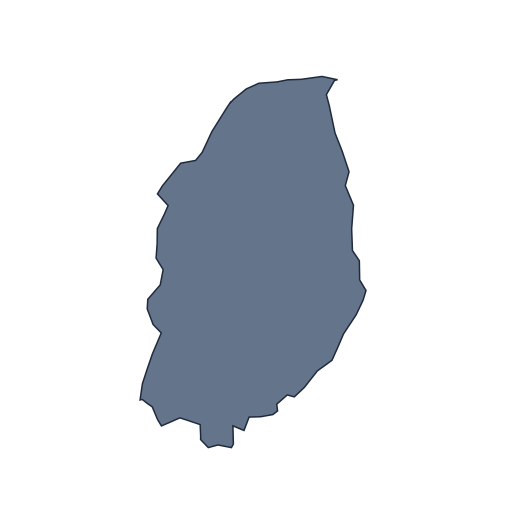 Empa, Paphos, Cyprus (Equal Earth projection), rotated 206°
{"feature_id": "46923920B32941879680416", "entity_name": "Empa", "entity_type": "district", "adm_level": 2, "iso_a3": "CYP", "parent_name": "Cyprus", "parent_adm1": "Paphos", "projection": "equal_earth", "projection_center": [32.424, 34.807], "detail": "fine", "context": "isolated", "style": "filled", "palette": "slate", "viewbox_px": 512, "rotation_deg": 206, "n_neighbors": 0, "source": "geoboundaries", "source_scale": "gbopen_adm2", "svg_char_len": 1066}
<svg xmlns="http://www.w3.org/2000/svg" viewBox="0 0 512 512"><g transform="rotate(206 256 256)"><path d="M168.7,126.2L172.4,131.9L167.0,144.8L159.8,146.2L154.9,159.2L150.5,179.6L142.0,195.6L142.5,210.7L143.2,224.3L140.2,247.1L140.4,263.4L142.0,273.2L152.3,279.9L161.0,297.0L171.7,303.2L181.9,322.3L190.6,344.3L206.6,358.4L209.3,372.5L224.4,387.9L238.9,401.2L256.0,423.2L263.5,431.9L262.4,448.1L260.0,450.2L275.4,446.3L293.0,434.5L304.7,428.3L313.4,421.7L329.2,412.5L337.9,402.0L344.6,387.7L346.4,381.9L346.5,382.1L347.3,375.9L348.5,364.7L350.2,348.3L349.8,325.6L352.2,315.4L364.4,306.4L370.9,277.9L371.8,268.6L357.1,262.8L356.7,253.9L356.7,237.4L350.2,223.6L344.9,210.3L333.5,203.1L329.4,188.0L334.3,169.7L330.6,160.8L318.4,149.3L307.4,145.3L306.2,122.6L304.2,106.5L302.1,91.4L297.1,75.8L295.4,77.2L288.9,75.8L283.1,74.9L272.7,65.8L266.5,61.8L253.4,77.2L232.3,80.0L226.6,69.5L225.3,66.7L214.9,62.9L207.3,69.5L194.1,73.0L193.9,77.1L202.3,93.2L190.3,93.9L191.6,108.2L181.3,113.6L171.3,120.9L168.7,126.2Z" fill="#64748b" stroke="#1e293b" stroke-width="1.5"/></g></svg>